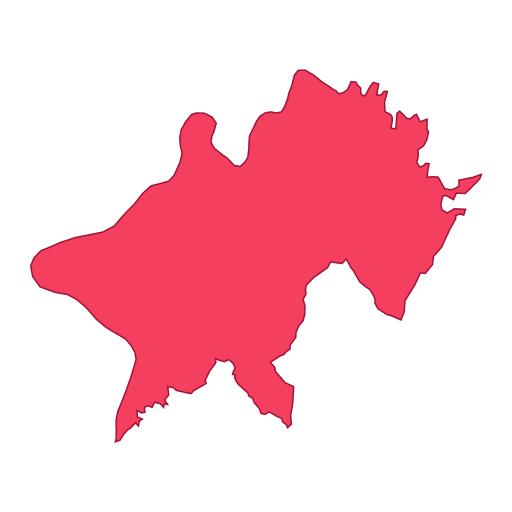 outline of Garruchos, Rio Grande do Sul, Brazil
{"feature_id": "56859067B12655775892146", "entity_name": "Garruchos", "entity_type": "district", "adm_level": 2, "iso_a3": "BRA", "parent_name": "Brazil", "parent_adm1": "Rio Grande do Sul", "projection": "robinson", "projection_center": [-55.522, -28.246], "detail": "fine", "context": "isolated", "style": "filled", "palette": "rose", "viewbox_px": 512, "rotation_deg": 0, "n_neighbors": 0, "source": "geoboundaries", "source_scale": "gbopen_adm2", "svg_char_len": 3395}
<svg xmlns="http://www.w3.org/2000/svg" viewBox="0 0 512 512"><path d="M351.1,81.6L347.6,89.6L342.6,93.0L338.3,93.6L336.3,91.0L332.4,88.9L328.4,85.9L323.0,82.7L313.6,75.1L305.3,70.2L301.9,70.2L298.1,70.4L294.5,75.1L293.3,79.9L292.0,85.0L290.0,90.3L288.8,93.4L287.6,98.9L284.8,106.1L281.6,111.9L276.2,113.0L270.8,111.9L265.4,112.8L260.0,116.2L256.5,121.3L253.1,128.6L251.2,132.5L249.5,135.8L249.0,142.6L248.9,147.8L247.9,157.1L245.2,161.7L240.3,166.5L234.1,165.4L227.4,158.3L222.0,154.5L214.3,148.3L211.0,142.1L211.9,136.1L214.2,130.8L216.2,123.2L212.2,117.2L207.5,114.7L204.1,113.2L196.1,113.0L191.4,114.6L185.6,121.9L181.2,129.8L179.7,137.9L180.4,145.9L182.1,153.3L179.8,162.7L174.1,175.4L168.7,181.1L161.3,183.3L151.1,185.8L142.6,193.5L134.6,203.8L127.6,210.9L121.2,217.9L114.3,226.0L111.2,227.6L102.9,232.0L90.4,234.6L75.7,237.5L60.7,242.3L48.5,247.7L40.9,250.7L34.0,257.9L30.7,265.9L32.7,276.6L40.0,286.8L43.1,288.0L55.4,292.4L59.5,293.2L67.2,294.4L74.0,298.0L77.3,299.9L85.5,307.0L91.8,313.8L96.2,319.1L105.7,327.1L112.7,331.5L119.6,335.4L125.8,339.2L131.1,345.5L135.0,352.5L136.1,359.4L134.6,364.9L131.0,376.6L125.9,391.3L120.9,404.0L117.8,411.4L116.1,420.0L116.1,424.0L116.3,429.5L116.1,438.8L115.3,441.8L119.9,440.3L123.5,434.5L127.9,429.6L131.0,427.7L135.5,422.7L138.4,425.9L139.2,421.4L142.3,419.0L137.4,417.0L137.0,410.5L141.4,412.9L144.9,412.3L144.4,407.6L147.4,405.7L152.2,407.3L154.5,402.3L160.4,403.8L163.6,407.4L164.3,404.0L167.6,404.4L164.6,399.9L168.7,395.0L167.7,386.7L173.4,387.6L176.4,390.4L186.5,392.7L191.1,393.6L194.0,390.4L196.7,388.9L202.2,385.7L206.2,383.4L205.2,380.3L207.0,376.6L209.6,371.2L215.8,362.8L215.6,358.9L220.0,360.5L224.5,361.6L229.0,359.6L232.9,363.2L235.4,368.2L233.6,370.7L232.5,374.5L235.4,374.7L234.6,377.6L236.1,380.9L238.1,384.1L242.0,387.7L247.9,392.9L248.8,396.0L252.6,398.4L254.3,402.7L256.8,405.5L259.6,409.0L260.9,413.4L265.0,414.3L269.4,411.9L276.6,416.2L281.3,418.2L282.9,422.2L286.0,424.2L287.6,427.7L291.4,424.1L290.6,415.8L292.6,404.3L293.7,386.7L285.1,382.7L275.4,371.4L274.7,367.2L270.3,362.3L280.2,355.9L283.6,354.6L286.3,351.7L290.1,349.0L290.0,345.2L295.8,337.3L295.9,332.7L298.8,325.8L303.1,320.7L304.7,314.8L305.0,305.9L303.1,299.5L305.9,294.2L305.6,287.7L306.8,284.5L313.8,277.4L327.5,267.7L330.6,262.0L342.1,263.5L346.2,258.9L351.1,267.8L353.1,270.3L359.8,281.9L365.5,286.7L370.0,289.6L373.9,296.3L375.1,299.9L375.0,303.3L378.0,308.8L387.0,314.6L391.4,315.7L401.0,320.0L404.2,311.8L405.0,300.7L415.0,284.6L420.4,272.8L425.1,273.5L432.5,264.6L433.5,256.4L441.4,247.5L450.2,228.6L455.7,218.9L455.8,215.5L460.1,214.0L463.7,215.1L465.6,209.3L454.3,208.8L447.2,212.9L442.0,209.9L440.7,204.7L442.8,196.3L445.7,195.4L453.5,199.6L456.4,193.1L465.2,193.5L477.2,181.7L480.1,178.1L481.3,174.4L472.8,177.4L458.9,180.2L459.1,186.0L453.9,189.1L450.0,189.7L444.6,188.7L438.2,177.2L433.7,176.7L427.1,177.2L428.0,169.4L429.1,163.7L425.5,163.4L423.4,165.8L419.8,167.0L416.7,162.3L417.6,159.4L418.4,154.5L417.7,150.0L423.7,145.7L426.8,139.7L428.6,131.8L426.9,129.3L427.1,119.2L420.2,121.8L416.4,114.3L413.8,115.7L410.4,118.8L406.9,118.4L399.6,111.1L397.0,113.2L395.8,128.9L391.0,128.1L392.3,120.8L392.2,117.0L390.3,114.3L385.0,111.7L384.5,102.1L387.4,91.5L384.1,91.3L380.8,95.2L376.7,94.9L378.6,83.9L373.4,82.5L370.4,85.8L364.9,96.2L360.8,94.1L360.7,88.1L357.8,85.4L355.9,82.1L351.1,81.6Z" fill="#f43f5e" stroke="#9f1239" stroke-width="1.5"/></svg>